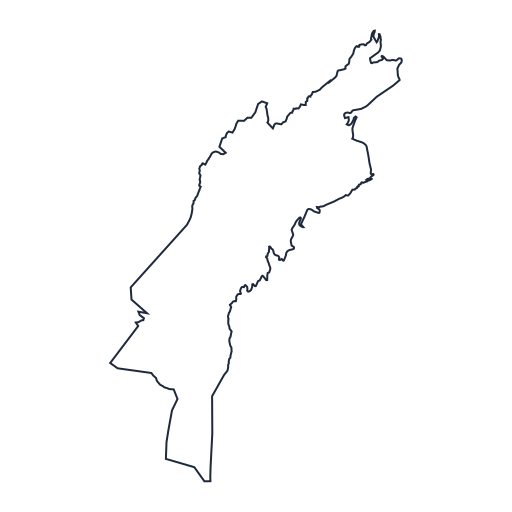 outline of Cuajimalpa de Morelos, Distrito Federal, Mexico
{"feature_id": "50627088B46057662043676", "entity_name": "Cuajimalpa de Morelos", "entity_type": "district", "adm_level": 2, "iso_a3": "MEX", "parent_name": "Mexico", "parent_adm1": "Distrito Federal", "projection": "orthographic", "projection_center": [-99.285, 19.319], "detail": "fine", "context": "isolated", "style": "outline", "palette": "slate", "viewbox_px": 512, "rotation_deg": 0, "n_neighbors": 0, "source": "geoboundaries", "source_scale": "gbopen_adm2", "svg_char_len": 6022}
<svg xmlns="http://www.w3.org/2000/svg" viewBox="0 0 512 512"><path d="M210.4,481.2L210.3,476.7L210.6,466.2L212.3,433.7L212.1,396.2L224.1,374.9L227.5,370.6L228.2,367.2L228.1,365.0L228.8,363.3L228.7,361.8L229.2,359.0L230.3,357.8L230.6,355.2L231.6,351.5L231.4,347.5L230.3,345.7L229.3,341.2L229.5,338.4L230.4,337.1L231.6,331.3L229.6,328.8L229.3,326.6L228.4,324.3L228.2,322.2L228.4,320.7L228.2,320.0L228.6,318.9L228.1,317.8L228.1,315.9L229.0,312.7L229.8,311.7L230.4,309.9L230.4,309.3L231.2,307.1L231.1,306.6L230.0,305.3L229.9,304.8L231.5,303.5L233.1,301.6L234.2,301.1L234.9,301.3L235.9,301.2L236.2,299.8L236.2,296.9L236.9,295.5L238.1,294.2L238.6,294.0L240.6,294.0L240.9,293.6L240.1,291.3L240.2,290.4L241.0,288.2L241.9,287.1L242.5,286.9L243.9,287.2L244.7,285.4L245.4,285.1L247.0,286.7L247.2,287.2L247.4,288.7L247.2,290.7L247.9,291.5L248.7,291.6L250.3,290.7L251.1,289.9L252.2,286.9L252.3,284.3L253.1,284.1L254.7,286.0L255.3,286.2L255.9,286.0L258.0,281.2L259.8,280.3L261.9,276.1L262.3,275.8L262.7,275.8L263.6,276.7L266.2,280.1L266.8,280.2L267.2,280.1L267.3,275.2L267.7,273.0L269.2,272.4L270.2,269.5L270.3,268.4L270.2,267.4L269.4,265.5L268.6,262.9L267.6,260.7L267.3,258.6L266.0,257.1L266.3,256.3L267.1,256.2L267.4,256.0L267.8,253.5L268.8,252.1L269.0,251.5L268.9,250.2L269.2,248.8L269.1,246.7L269.6,246.5L270.0,246.6L270.9,247.7L271.4,248.7L272.7,249.5L273.3,250.9L273.7,252.8L274.4,254.1L275.0,254.8L276.1,255.3L277.6,255.6L278.5,256.2L279.3,257.6L278.9,259.5L279.2,259.9L280.0,260.0L281.6,259.0L282.1,259.3L282.8,260.4L283.2,260.7L283.8,260.5L284.3,259.4L285.8,255.7L286.3,252.9L287.4,251.2L289.2,250.1L292.6,249.3L293.7,248.8L294.0,248.3L294.0,247.4L293.5,246.6L292.2,246.0L291.6,245.5L290.8,241.6L290.8,240.4L291.0,239.5L293.2,235.2L293.1,234.2L291.8,230.5L291.7,229.9L292.0,228.7L294.8,224.4L295.8,222.0L296.5,221.0L299.3,217.8L300.2,217.4L300.7,217.7L300.9,218.5L299.1,223.0L299.3,224.7L300.4,225.9L302.7,227.1L303.3,227.1L301.5,225.0L301.2,224.3L301.3,223.5L304.3,217.1L307.2,210.1L307.6,209.5L308.7,209.0L310.4,209.2L311.7,209.7L313.9,211.3L315.3,211.9L318.6,212.9L319.3,212.8L319.6,212.2L319.7,210.1L319.3,209.4L317.2,208.1L316.9,207.0L319.0,207.2L320.7,206.5L321.7,206.6L323.5,206.2L326.4,204.7L334.1,201.5L338.7,199.0L342.8,197.3L344.5,196.2L345.7,195.1L347.6,195.5L348.4,195.4L350.3,193.2L352.4,189.7L354.6,189.6L354.9,189.5L355.4,188.6L356.9,188.1L357.1,187.8L357.2,186.7L357.5,186.4L358.3,186.6L358.7,186.4L358.9,184.7L360.7,184.2L361.3,182.7L361.6,182.4L362.0,182.3L362.9,182.8L363.6,182.8L364.3,182.2L365.7,181.9L366.2,181.5L367.0,181.5L367.7,180.6L368.6,180.6L371.6,179.2L371.7,178.9L371.4,178.8L370.0,179.5L368.3,179.2L367.7,179.4L366.8,180.0L366.4,179.8L367.7,178.8L369.6,178.5L371.1,176.6L373.3,175.2L373.6,174.8L373.5,174.3L373.2,174.0L371.4,174.3L370.8,173.7L370.7,172.8L370.9,171.7L371.0,169.5L369.5,163.2L368.4,155.9L366.6,146.6L366.0,145.3L364.2,143.6L362.2,142.4L356.5,140.6L352.3,138.7L352.9,137.7L353.2,135.7L352.4,129.6L352.6,127.6L354.8,121.3L356.6,117.3L355.6,116.5L354.2,117.6L353.9,117.9L353.4,120.0L351.4,123.6L349.6,125.0L348.3,125.2L346.7,124.3L347.8,122.9L348.7,120.8L348.8,119.4L348.5,117.1L345.0,118.1L344.3,116.1L344.1,115.0L344.5,113.7L345.6,112.9L347.7,112.5L349.8,113.1L350.4,113.0L351.2,112.5L352.2,111.0L353.1,110.3L361.1,108.9L365.8,106.6L367.7,105.2L376.8,96.7L393.0,85.7L399.6,80.1L399.5,79.2L398.8,78.0L397.9,75.6L397.4,68.5L399.2,64.7L401.3,62.6L401.8,60.3L401.5,59.1L401.1,58.6L399.6,58.3L398.8,58.4L396.5,60.3L395.6,60.6L394.1,60.1L392.3,59.9L390.2,60.5L387.5,60.3L386.7,60.2L384.1,57.3L383.2,56.5L382.1,55.9L381.7,56.1L381.6,56.6L383.0,58.7L382.8,59.1L381.9,59.9L379.1,60.7L377.3,62.1L373.1,62.5L372.1,63.2L371.0,62.8L370.2,59.8L370.0,58.3L378.1,52.5L379.8,50.6L380.8,46.9L380.9,45.6L380.5,42.4L380.9,39.4L380.5,38.1L380.5,36.7L379.5,34.1L378.9,34.1L379.0,36.8L377.3,41.5L376.6,42.3L373.5,36.8L373.5,35.3L374.0,33.0L374.6,32.2L374.8,30.7L373.7,30.9L372.4,32.8L372.0,33.6L371.0,38.8L371.4,39.6L369.4,42.0L366.9,43.5L365.9,45.2L364.8,45.3L363.8,44.3L362.3,44.3L359.5,44.9L359.1,45.4L359.3,46.3L359.0,46.8L357.8,46.8L356.9,46.1L356.6,46.1L355.9,46.8L354.9,48.1L354.0,50.3L353.2,53.7L351.3,56.7L349.5,58.9L349.1,62.6L348.6,64.0L345.7,66.0L345.4,66.9L345.5,68.6L343.9,69.3L339.9,70.2L338.5,70.4L337.6,71.2L336.5,75.9L335.6,76.8L335.4,77.3L329.5,82.1L329.6,81.1L322.0,87.3L319.7,89.8L315.4,91.8L312.8,92.0L311.7,94.6L310.5,95.8L310.4,96.6L309.4,96.3L308.8,96.3L308.5,96.5L307.8,98.0L307.3,98.2L307.2,98.7L307.3,100.9L305.8,101.9L305.7,105.0L304.0,105.0L300.9,104.4L299.9,106.7L298.5,108.5L296.2,108.3L295.8,108.8L293.6,108.7L293.2,110.6L292.5,111.3L292.2,112.7L291.1,112.7L290.0,113.3L287.1,116.8L286.7,118.7L285.5,121.5L283.3,122.2L281.3,124.3L276.7,123.4L275.6,123.6L275.0,124.0L274.3,124.8L272.9,128.4L267.4,122.6L268.0,121.6L268.3,120.2L268.1,117.2L267.6,116.0L266.6,109.0L265.7,106.8L267.2,103.3L261.9,101.4L258.1,104.0L255.3,112.4L251.3,117.8L247.5,117.7L244.0,120.8L238.2,120.7L236.4,123.7L235.7,126.1L234.6,129.1L232.5,132.6L228.8,131.5L227.0,133.0L225.9,135.4L225.7,137.1L222.2,138.5L219.4,146.8L225.7,152.8L223.2,154.2L220.8,154.0L219.2,152.7L217.3,151.9L215.6,151.5L213.0,152.4L211.8,153.4L209.6,157.4L208.7,158.4L208.6,159.2L208.0,159.7L207.0,161.1L206.7,162.1L205.3,164.6L202.8,163.3L202.2,163.6L202.1,164.6L200.2,166.1L199.3,168.7L199.8,170.5L199.2,173.2L200.5,175.5L199.6,179.7L200.0,180.4L200.2,182.5L199.4,184.5L199.2,185.6L200.7,186.7L199.6,189.2L199.5,190.2L199.0,190.9L197.1,196.1L195.6,197.7L194.8,200.1L193.6,200.9L193.5,203.5L192.8,204.4L192.2,206.1L192.4,209.1L191.7,213.5L190.7,217.3L189.5,220.1L186.9,224.9L130.7,287.4L131.5,299.6L147.0,313.2L138.4,311.7L139.8,315.2L143.9,318.1L143.3,320.2L142.2,320.2L141.1,320.6L138.4,322.2L135.8,322.5L138.2,326.0L110.2,363.0L117.6,368.3L151.4,373.0L153.1,375.4L156.1,378.1L156.5,379.9L157.2,381.3L160.1,384.7L163.1,386.3L164.1,387.2L167.8,388.4L169.4,389.1L173.7,389.4L177.5,399.0L172.0,410.4L168.4,430.1L166.5,442.1L165.9,458.9L194.3,467.2L204.4,481.3L210.4,481.2Z" fill="none" stroke="#1e293b" stroke-width="2"/></svg>